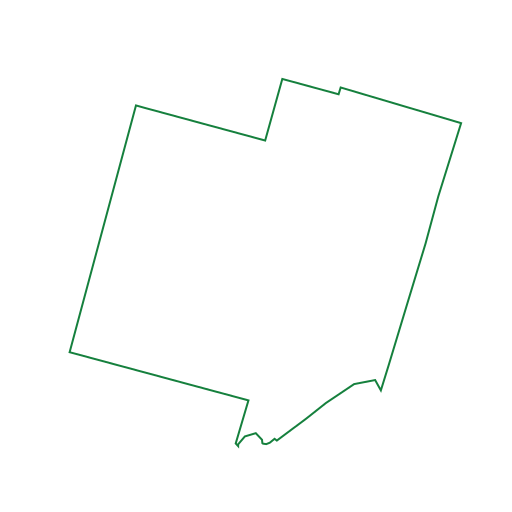 Tuscola, Michigan, United States of America (orthographic projection), rotated 197°
{"feature_id": "52423323B37995372909550", "entity_name": "Tuscola", "entity_type": "district", "adm_level": 2, "iso_a3": "USA", "parent_name": "United States of America", "parent_adm1": "Michigan", "projection": "orthographic", "projection_center": [-83.511, 43.476], "detail": "fine", "context": "isolated", "style": "outline", "palette": "green", "viewbox_px": 512, "rotation_deg": 197, "n_neighbors": 0, "source": "geoboundaries", "source_scale": "gbopen_adm2", "svg_char_len": 556}
<svg xmlns="http://www.w3.org/2000/svg" viewBox="0 0 512 512"><g transform="rotate(197 256 256)"><path d="M224.3,441.9L224.3,434.8L282.6,433.0L281.0,369.1L405.9,365.1L414.8,364.9L406.1,109.5L221.0,115.7L220.6,70.8L217.5,69.0L218.0,70.7L213.9,80.2L204.4,86.5L196.5,82.0L195.2,78.9L194.4,78.6L191.2,79.1L188.2,81.5L184.8,86.6L182.1,85.6L170.4,101.6L165.3,108.5L160.7,114.8L160.2,115.5L146.2,135.8L124.7,162.2L105.8,172.2L97.3,164.0L97.2,190.3L97.4,254.1L97.5,317.3L99.1,366.3L98.7,443.0L224.3,441.9Z" fill="none" stroke="#15803d" stroke-width="2"/></g></svg>